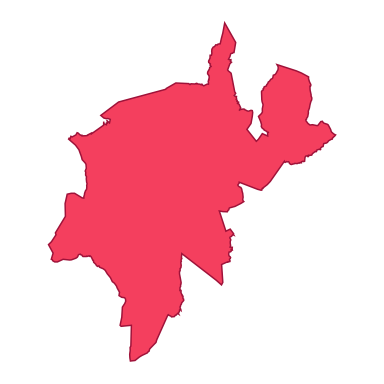 outline of Yautepec, Morelos, Mexico
{"feature_id": "50627088B17751662562656", "entity_name": "Yautepec", "entity_type": "district", "adm_level": 2, "iso_a3": "MEX", "parent_name": "Mexico", "parent_adm1": "Morelos", "projection": "equal_earth", "projection_center": [-99.033, 18.865], "detail": "fine", "context": "isolated", "style": "filled", "palette": "rose", "viewbox_px": 384, "rotation_deg": 0, "n_neighbors": 0, "source": "geoboundaries", "source_scale": "gbopen_adm2", "svg_char_len": 5932}
<svg xmlns="http://www.w3.org/2000/svg" viewBox="0 0 384 384"><path d="M309.5,81.9L308.5,78.6L308.6,76.9L301.4,73.0L296.4,70.9L277.0,64.6L278.2,66.8L278.1,69.3L277.8,70.1L276.0,73.5L275.0,74.6L273.3,75.2L272.8,77.8L272.2,78.6L270.8,79.3L269.5,81.2L268.3,82.0L267.7,83.6L266.7,84.7L266.4,85.9L264.2,86.8L263.7,88.3L263.2,88.6L263.3,89.8L262.2,90.5L261.5,91.6L261.8,99.7L262.1,101.7L263.1,104.8L262.3,108.8L262.4,112.0L261.5,113.5L258.5,116.4L260.7,121.7L261.5,124.5L261.3,126.6L262.2,128.1L264.0,129.5L264.1,130.0L266.7,131.4L267.5,132.5L268.9,132.1L267.6,132.9L267.7,136.0L262.3,133.6L258.4,139.3L256.3,141.3L246.9,129.4L251.0,123.5L252.3,116.3L252.7,112.5L252.3,110.6L251.0,110.3L248.6,111.2L247.5,111.0L244.4,109.5L244.4,109.2L243.2,109.0L240.1,109.6L239.1,110.6L240.7,107.9L239.0,104.1L237.6,103.5L238.6,102.2L237.3,101.5L236.8,102.1L237.2,100.4L236.2,99.5L236.6,98.9L236.3,97.7L236.5,96.5L235.2,96.3L234.2,95.6L235.7,93.3L234.7,91.8L231.2,73.7L230.9,73.0L228.4,71.0L227.6,69.9L229.9,63.7L231.5,62.2L230.4,61.4L231.0,60.1L230.9,59.6L229.7,59.8L228.5,59.3L229.9,56.7L230.7,53.8L231.4,53.4L232.6,53.2L233.2,52.5L234.0,52.5L235.7,42.5L224.7,23.0L222.8,33.1L221.4,38.4L220.2,43.8L218.0,44.1L217.3,44.9L215.8,44.8L214.5,46.6L213.2,47.1L211.9,49.2L211.7,51.5L211.9,53.2L211.4,55.3L210.1,55.3L210.0,58.2L208.6,61.1L208.7,62.4L210.4,64.0L210.0,65.0L211.1,66.5L209.7,67.4L209.5,68.8L207.8,71.8L207.6,72.7L207.6,73.8L209.0,75.7L209.2,77.4L208.9,79.6L208.7,79.5L208.2,81.6L208.5,82.8L208.4,84.2L207.2,84.1L203.8,85.8L202.7,85.2L202.0,84.2L201.6,84.2L201.1,84.8L200.1,84.2L197.8,84.0L196.8,83.3L196.2,83.9L195.7,83.6L195.0,84.0L190.9,83.8L190.3,84.5L189.7,84.5L188.8,83.6L175.8,83.0L166.2,88.5L165.7,89.3L118.6,102.0L100.8,115.4L103.8,118.0L106.3,118.7L108.0,118.5L110.3,119.4L109.5,122.9L106.5,120.2L107.1,120.9L107.4,121.5L107.4,123.1L106.5,123.0L106.4,124.7L104.0,123.8L103.7,121.6L103.6,125.2L91.5,133.8L91.5,133.0L87.6,135.0L87.6,135.4L86.2,135.7L82.0,135.9L81.9,135.2L81.0,135.3L79.7,134.6L78.2,133.1L77.1,132.7L75.9,134.9L72.2,136.9L70.9,136.3L70.2,138.6L69.1,138.2L68.6,139.1L75.5,145.1L78.9,149.7L81.3,156.3L82.2,159.7L85.0,162.7L86.0,164.3L86.3,168.3L85.2,171.1L85.7,172.0L85.6,175.1L86.5,176.7L86.3,178.9L86.6,182.1L87.1,183.8L86.7,185.3L86.8,186.8L86.6,189.1L86.4,189.6L85.6,190.5L84.6,193.3L84.4,195.0L83.9,196.4L83.8,198.1L82.2,197.9L74.6,193.3L71.1,193.3L67.2,194.2L65.1,203.5L65.4,216.4L55.4,232.9L56.0,234.8L51.4,241.8L48.5,244.6L53.1,253.1L51.3,259.3L52.2,259.6L52.8,260.8L54.7,261.9L57.5,261.9L63.1,259.3L69.7,260.0L71.5,259.8L75.9,258.2L77.3,257.2L78.0,256.0L78.2,255.1L78.9,254.5L80.4,254.2L80.7,254.7L81.9,255.1L82.5,256.1L83.0,256.5L86.4,256.5L86.8,256.1L87.3,256.4L89.0,255.8L89.4,256.3L90.1,255.9L90.9,256.5L91.6,257.6L92.9,260.4L93.4,260.4L93.7,262.3L95.7,264.2L96.5,265.6L97.6,266.4L98.8,265.9L99.2,266.1L99.5,267.2L103.3,268.8L105.2,270.3L107.3,273.8L110.4,277.6L112.3,281.6L114.4,283.2L116.4,285.9L117.3,288.2L119.5,292.2L119.0,295.6L121.7,297.3L124.6,297.7L125.5,299.0L125.7,301.3L124.7,303.6L122.4,307.1L121.8,317.2L120.1,325.3L121.1,326.3L131.4,325.3L130.9,345.1L130.8,346.2L130.1,347.4L130.2,350.6L129.7,354.4L129.9,357.9L130.4,361.0L135.0,360.5L139.5,356.9L142.2,355.3L147.3,352.9L148.3,351.6L149.0,351.3L149.7,348.9L156.0,342.4L156.7,339.9L167.8,315.1L168.4,314.7L168.9,315.3L170.8,316.1L171.5,316.9L174.3,316.6L175.4,315.2L176.0,315.2L177.7,313.4L178.7,314.1L178.3,313.2L179.5,311.3L179.5,310.0L180.2,309.4L180.9,310.1L180.7,309.1L180.3,308.9L180.0,306.9L180.4,306.5L180.7,305.0L181.4,304.1L181.7,302.8L183.7,300.5L183.6,299.1L183.2,298.9L182.9,298.1L183.0,296.4L182.4,295.3L182.2,295.5L180.8,292.0L181.1,291.3L181.0,290.4L180.4,289.9L179.9,290.2L180.0,287.5L180.6,286.5L180.6,284.3L181.0,284.1L181.1,282.4L179.5,273.9L179.5,271.3L180.1,270.9L180.1,268.5L180.9,267.7L181.2,265.4L180.8,262.5L181.3,261.4L181.1,261.2L181.2,259.1L181.8,258.7L181.8,258.2L181.4,257.7L181.8,253.6L216.2,280.2L221.5,284.9L222.8,282.4L221.6,264.5L226.5,262.3L227.9,262.2L228.0,261.7L229.8,261.6L230.1,261.0L229.6,260.1L229.5,259.2L230.2,258.6L230.6,257.6L230.0,256.6L229.3,256.2L228.8,255.2L228.7,253.7L229.1,252.0L230.6,251.8L231.1,251.3L231.3,250.2L231.2,249.7L232.3,250.0L232.1,248.7L232.3,247.3L230.1,247.1L230.6,245.5L230.2,243.0L230.3,241.1L230.7,240.3L230.7,239.3L230.0,238.4L229.8,237.6L230.3,236.9L231.5,236.4L232.6,234.9L232.9,234.7L233.8,235.1L233.4,234.4L233.6,233.7L230.2,229.1L225.9,231.2L219.3,211.0L222.8,211.6L227.3,211.8L228.0,210.4L228.8,209.8L229.2,208.2L229.5,207.9L235.0,206.4L241.1,203.3L243.8,201.6L243.2,201.0L242.7,199.5L243.1,197.2L242.7,193.3L242.1,191.3L241.7,189.0L240.8,187.4L239.3,186.8L238.0,185.6L237.9,184.7L239.1,183.3L239.2,182.2L257.6,189.3L261.0,190.2L261.8,190.1L262.2,188.4L262.7,188.1L263.0,188.3L263.7,187.4L267.3,184.6L270.3,181.4L284.3,161.4L284.4,161.8L285.1,162.4L286.2,161.8L286.3,161.6L286.1,161.3L287.0,161.9L288.5,161.7L289.2,162.4L289.3,163.1L290.5,164.3L291.6,164.5L292.9,164.0L294.0,163.9L294.7,163.4L297.2,163.6L298.6,163.0L299.6,163.1L299.8,162.7L301.4,162.8L301.4,161.8L303.1,161.2L303.7,161.6L304.6,161.3L305.0,157.3L305.8,156.1L306.6,155.9L307.5,156.2L308.0,156.7L308.4,156.4L307.9,155.6L308.4,155.2L309.4,155.4L311.7,155.1L312.4,153.7L315.3,151.4L315.7,151.7L316.4,151.6L317.0,149.9L319.1,149.3L320.3,149.7L320.6,149.5L320.3,148.7L321.1,147.5L322.3,146.7L323.1,146.5L323.7,143.6L326.5,143.0L327.5,142.3L328.6,140.8L331.3,139.3L332.3,139.1L332.5,138.1L335.1,135.6L335.1,135.2L335.5,134.9L333.8,134.0L331.7,132.2L331.2,131.4L330.6,129.4L328.2,124.9L327.4,124.3L324.0,123.2L323.0,122.3L322.4,121.3L320.8,121.6L317.8,125.5L317.0,125.6L312.5,124.7L310.0,125.0L308.0,123.5L306.0,120.8L305.8,119.7L306.5,119.2L306.6,118.3L307.7,116.7L308.4,113.0L308.3,111.1L309.4,108.1L310.0,104.7L310.9,101.4L311.6,100.1L311.8,98.9L311.8,97.8L311.1,96.0L311.1,94.8L310.1,90.1L309.9,86.3L310.4,86.4L310.8,85.5L310.8,84.5L309.5,81.9Z" fill="#f43f5e" stroke="#9f1239" stroke-width="1.5"/></svg>